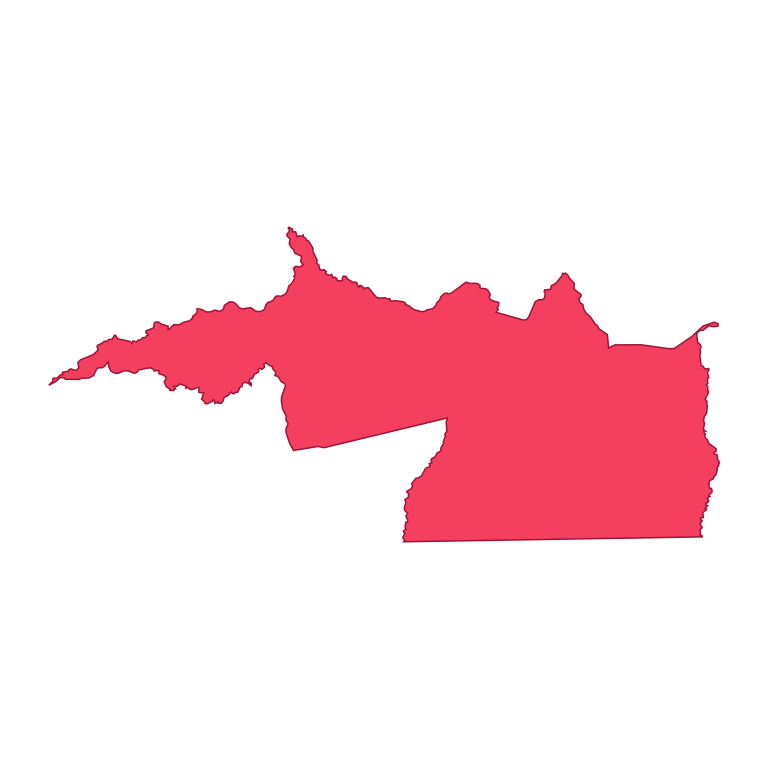 Tangará da Serra, Mato Grosso, Brazil, rotated 179°
{"feature_id": "56859067B801733542201", "entity_name": "Tangará da Serra", "entity_type": "district", "adm_level": 2, "iso_a3": "BRA", "parent_name": "Brazil", "parent_adm1": "Mato Grosso", "projection": "mercator", "projection_center": [-58.025, -14.492], "detail": "fine", "context": "isolated", "style": "filled", "palette": "rose", "viewbox_px": 768, "rotation_deg": 179, "n_neighbors": 0, "source": "geoboundaries", "source_scale": "gbopen_adm2", "svg_char_len": 6069}
<svg xmlns="http://www.w3.org/2000/svg" viewBox="0 0 768 768"><g transform="rotate(179 384 384)"><path d="M429.1,488.2L429.4,490.2L431.0,491.6L433.0,491.3L434.5,494.5L436.5,493.6L438.2,494.1L440.5,495.3L439.7,497.5L442.2,499.5L443.4,498.8L446.2,499.7L447.2,504.4L449.3,505.8L448.7,508.9L452.8,517.7L452.7,521.2L457.0,528.3L459.2,529.4L459.7,531.0L462.3,532.9L462.2,534.3L463.9,533.2L466.6,533.7L468.2,532.6L469.6,537.6L472.9,537.8L472.7,540.5L476.3,542.4L477.1,541.4L475.7,539.5L475.9,538.6L478.6,535.1L478.4,533.6L475.3,530.6L476.3,525.7L474.2,521.8L472.3,520.3L470.8,516.2L464.7,513.4L464.3,511.9L465.3,508.1L462.7,504.6L466.1,502.3L469.8,503.2L471.5,502.6L471.6,501.2L472.6,501.0L471.1,497.1L470.9,494.5L472.4,493.3L471.5,492.5L471.8,490.7L474.7,485.8L477.5,483.7L479.2,478.2L481.3,475.5L485.6,473.5L489.2,474.0L491.2,473.1L493.7,469.3L499.0,467.3L500.7,465.2L502.2,460.9L503.4,459.9L506.1,458.7L509.2,458.7L511.3,459.2L515.9,462.7L524.3,461.5L527.7,462.9L530.5,466.6L533.4,468.5L537.1,468.9L542.1,465.5L543.3,462.0L544.7,460.4L547.3,459.6L552.0,460.8L556.5,459.1L560.4,459.1L564.7,461.6L569.5,462.6L569.6,459.8L570.7,457.4L573.9,455.2L574.6,452.7L577.5,450.6L583.3,449.2L588.2,446.7L593.2,447.0L597.8,442.5L599.0,442.3L598.8,445.5L605.8,447.9L608.7,450.0L611.3,449.9L612.5,449.1L613.6,444.0L621.1,441.3L621.0,439.2L619.1,438.1L619.2,436.7L620.6,436.5L622.0,434.5L624.6,434.6L625.7,432.9L629.0,432.1L630.6,430.6L634.3,431.4L635.3,428.9L637.1,431.0L649.5,433.8L651.4,437.2L652.7,437.4L655.0,433.5L658.3,433.3L660.0,431.8L663.4,431.4L665.2,429.7L669.5,427.8L670.3,426.8L669.3,422.8L674.3,418.4L687.0,413.5L689.8,410.7L688.9,405.6L690.6,403.7L691.7,402.9L697.0,404.6L699.0,403.6L699.5,402.2L704.4,401.6L705.5,400.9L705.0,399.0L707.5,398.7L710.6,395.7L714.7,395.5L715.5,392.1L719.2,388.6L712.3,392.1L707.5,396.1L703.9,395.7L702.4,394.3L689.3,393.9L685.7,395.1L678.6,395.2L674.2,397.6L671.1,403.9L669.1,405.2L665.6,405.2L663.4,406.4L659.1,410.9L658.8,406.0L656.9,401.6L652.8,399.5L649.8,399.3L643.6,401.7L639.4,401.5L633.4,399.0L630.6,400.1L628.9,402.4L619.2,404.1L616.6,404.1L614.2,402.6L613.5,400.9L609.1,401.6L608.7,398.1L604.3,396.7L602.0,394.9L601.9,392.7L603.7,390.2L603.4,389.1L601.6,385.0L598.3,382.7L598.3,381.5L594.4,381.1L594.3,382.1L592.5,382.8L594.1,385.3L590.6,385.4L588.3,387.7L581.6,385.2L582.4,383.3L580.3,383.8L577.4,381.8L573.7,382.4L570.3,384.1L569.1,383.6L569.2,378.8L564.4,378.2L566.7,372.2L563.6,369.1L563.1,367.4L560.8,367.4L555.6,370.0L555.1,371.2L554.1,370.8L553.4,367.4L550.6,369.0L550.4,367.8L547.4,367.4L545.3,369.6L544.0,373.4L539.7,375.4L538.0,377.9L536.7,378.5L536.0,377.3L534.4,376.8L532.6,378.2L530.6,378.3L528.7,381.4L529.2,382.2L525.8,384.4L525.6,386.6L523.8,388.1L519.9,387.2L516.9,384.7L516.5,387.0L518.9,388.2L517.7,391.9L515.7,391.7L513.2,396.2L509.9,397.6L509.0,398.8L509.5,400.8L507.3,401.8L505.9,400.6L503.2,402.8L503.8,406.2L501.3,407.2L498.7,404.8L495.5,403.6L495.1,401.3L491.9,397.6L493.0,394.3L490.0,393.5L486.4,387.8L483.2,386.2L482.5,384.1L486.6,373.0L486.9,369.0L485.8,360.8L482.5,353.9L482.6,349.5L480.5,346.2L482.8,340.6L482.6,336.5L479.3,326.2L475.6,319.1L451.2,322.7L445.0,321.4L321.1,349.0L322.5,344.8L322.0,335.5L324.0,333.0L323.6,330.6L325.8,325.3L325.3,323.9L328.2,319.0L328.3,316.2L332.1,314.1L334.0,310.4L337.7,308.5L338.4,306.7L337.4,304.7L340.2,303.5L339.4,301.7L340.3,300.0L342.6,299.7L344.1,298.5L348.3,291.4L351.4,289.5L353.7,289.3L358.1,283.7L357.2,281.6L358.7,278.8L363.0,276.4L363.0,275.4L361.3,273.9L361.7,270.2L365.1,268.3L364.3,264.8L365.8,260.1L365.5,257.2L362.6,254.5L364.5,251.2L362.6,247.6L362.9,245.7L364.4,245.6L365.3,242.1L365.2,239.1L364.4,238.3L367.1,236.9L366.8,235.3L365.6,234.6L367.9,230.1L366.2,227.6L367.2,225.9L68.5,225.6L68.7,227.1L70.5,227.4L70.6,228.6L70.0,229.6L70.7,232.3L68.3,235.0L70.5,238.7L69.1,240.4L69.3,241.3L68.2,241.6L70.0,243.4L69.9,244.7L67.3,244.7L66.9,247.1L67.9,248.5L66.7,250.5L63.8,252.8L64.0,253.9L65.2,254.3L62.4,256.7L64.1,257.4L64.5,258.6L61.7,260.5L61.4,261.7L62.8,264.1L60.1,265.8L61.1,266.3L61.0,267.6L58.1,269.8L57.8,272.2L58.7,274.0L59.6,273.6L60.8,275.3L60.7,280.2L60.1,281.6L56.5,283.4L55.7,285.6L53.9,287.2L52.3,292.2L52.5,294.3L50.7,296.6L51.0,298.0L49.9,299.7L52.0,303.3L51.8,306.3L52.8,307.9L54.4,307.9L55.5,309.0L55.2,310.1L53.3,310.5L53.1,313.6L60.3,318.9L61.7,322.8L63.7,324.3L64.2,327.0L63.4,328.0L65.3,330.4L64.9,331.5L63.5,331.3L65.5,333.2L64.2,339.0L65.1,341.5L64.3,346.0L62.0,349.2L61.1,356.9L61.8,358.4L61.3,360.9L63.2,363.1L59.7,369.9L59.7,371.2L60.6,371.9L60.3,375.4L61.8,377.9L60.2,378.9L60.7,383.1L59.1,384.9L60.6,389.5L58.6,392.9L59.5,393.8L63.2,393.5L64.3,395.8L66.6,397.1L67.7,407.6L67.0,410.3L67.4,413.1L66.3,415.4L67.3,418.1L69.7,420.4L70.5,427.9L69.6,430.0L66.9,432.3L64.0,432.1L58.0,436.7L54.2,435.6L49.2,435.9L48.8,438.4L53.0,440.0L63.9,436.4L75.4,426.1L93.4,414.3L99.0,414.4L125.9,418.7L152.6,419.1L158.8,416.0L159.8,429.6L167.9,435.2L170.0,439.1L171.5,440.0L176.8,448.0L180.8,451.4L182.8,455.1L183.8,460.0L186.5,461.9L187.4,464.6L187.2,466.1L185.2,468.9L185.7,470.2L191.6,475.0L192.6,477.2L191.9,480.4L192.3,481.7L196.8,486.6L198.3,489.7L200.9,491.8L202.2,490.9L203.3,491.5L204.2,489.1L210.2,481.9L215.2,479.1L215.8,475.7L221.5,475.4L222.3,473.6L221.2,471.6L222.2,466.9L224.2,465.5L227.8,465.5L231.3,463.8L237.7,449.3L240.1,446.0L243.6,445.5L270.8,453.8L268.3,456.7L269.7,458.3L268.1,460.2L267.8,463.5L273.8,465.3L276.3,466.9L277.5,469.2L276.2,471.0L276.4,472.1L278.3,475.7L280.1,477.3L285.5,478.0L286.4,478.7L286.3,481.0L288.3,482.5L291.4,483.2L295.9,483.0L300.2,484.4L315.0,473.7L318.2,472.9L319.1,473.7L321.9,473.6L325.8,470.0L326.9,466.8L329.6,464.6L330.7,461.6L334.3,458.3L339.8,457.4L341.8,455.9L345.5,455.7L353.2,458.0L357.7,461.8L361.2,463.1L361.1,464.5L363.0,465.8L370.0,467.0L376.1,466.7L376.7,469.2L379.2,468.9L381.3,470.3L386.1,469.9L389.9,470.7L397.8,480.4L399.6,480.6L402.4,479.5L402.5,480.7L405.4,483.0L406.6,482.9L406.5,481.5L408.2,481.8L409.4,485.4L411.0,486.5L413.0,486.1L418.1,489.3L420.2,492.2L422.8,492.6L423.9,490.3L423.9,488.0L429.1,488.2Z" fill="#f43f5e" stroke="#9f1239" stroke-width="1.5"/></g></svg>